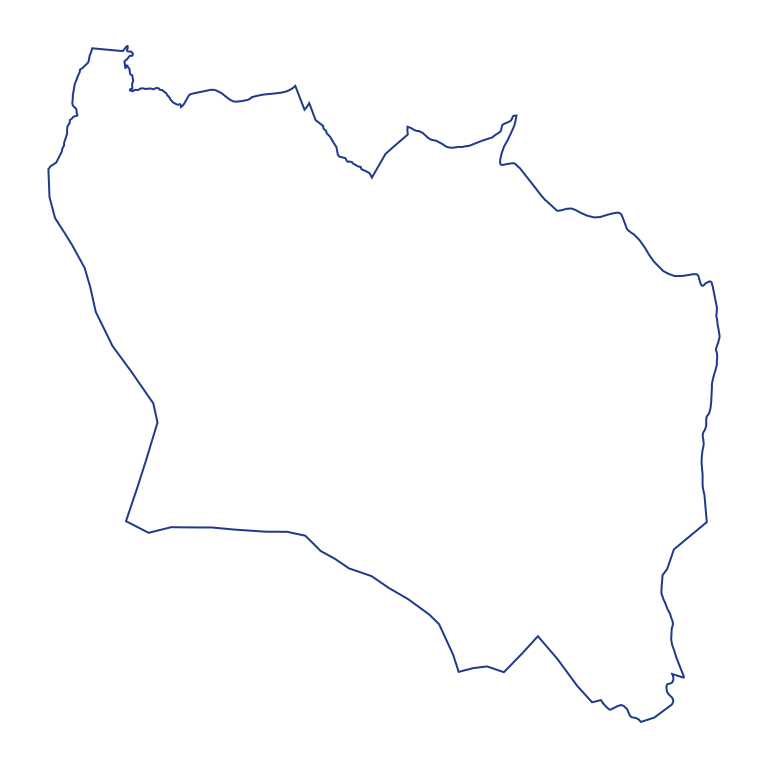 Abuakwa North, Eastern, Ghana (Equal Earth projection)
{"feature_id": "2480657B42374646075926", "entity_name": "Abuakwa North", "entity_type": "district", "adm_level": 2, "iso_a3": "GHA", "parent_name": "Ghana", "parent_adm1": "Eastern", "projection": "equal_earth", "projection_center": [-0.382, 6.235], "detail": "fine", "context": "isolated", "style": "outline", "palette": "blue", "viewbox_px": 768, "rotation_deg": 0, "n_neighbors": 0, "source": "geoboundaries", "source_scale": "gbopen_adm2", "svg_char_len": 5931}
<svg xmlns="http://www.w3.org/2000/svg" viewBox="0 0 768 768"><path d="M516.5,115.6L514.9,115.6L514.0,115.7L512.9,116.3L511.9,119.0L510.5,121.0L507.9,122.3L504.6,123.6L502.5,124.7L501.8,126.6L501.2,129.8L500.5,131.5L498.3,133.1L495.1,135.1L492.2,137.5L488.6,138.6L481.8,140.8L472.1,144.7L468.8,145.9L465.7,146.2L463.5,146.7L462.2,147.0L458.1,146.9L455.9,147.3L452.0,147.8L448.6,147.4L446.1,146.6L442.7,144.2L436.3,140.8L430.9,139.6L427.9,137.7L422.7,132.9L418.9,131.1L416.5,130.9L413.4,129.5L410.8,127.9L407.5,126.8L407.4,130.7L407.8,134.5L394.1,146.3L385.5,153.9L371.9,177.6L370.1,174.0L369.2,173.0L366.0,171.2L361.9,169.4L361.2,168.8L360.8,167.0L358.1,166.4L352.9,163.4L351.9,162.1L349.4,161.5L348.1,161.8L347.2,161.4L345.3,158.1L344.3,157.9L339.3,156.6L338.4,155.6L337.8,154.4L336.3,146.7L335.0,145.2L334.5,144.0L333.7,143.0L330.1,136.7L327.1,133.7L326.4,132.7L326.2,131.0L324.1,129.3L323.4,128.3L323.1,125.9L315.6,120.1L309.2,103.1L306.9,106.9L304.5,109.7L295.3,85.9L292.7,88.2L291.0,89.2L288.7,90.5L285.0,91.8L281.0,92.7L275.0,93.4L273.5,93.6L263.9,94.5L260.2,95.2L258.8,95.4L253.2,96.8L251.7,97.2L251.4,97.8L250.5,98.3L249.4,99.0L247.8,99.9L242.1,101.0L240.6,101.2L236.0,101.7L233.4,101.4L230.0,99.7L225.2,96.1L221.9,93.4L217.2,90.9L215.9,90.4L213.7,89.8L210.4,89.9L199.3,92.2L198.3,92.4L191.8,93.8L189.9,94.5L188.8,95.5L187.3,98.2L183.9,104.1L182.3,106.1L181.0,107.1L180.5,104.5L179.8,104.2L179.1,104.4L178.6,104.5L177.9,104.8L177.5,104.7L176.0,104.0L173.1,102.5L170.6,99.6L168.5,96.2L167.6,95.8L166.2,93.1L164.1,91.8L162.1,90.0L159.9,89.9L158.8,88.4L156.4,87.9L153.3,89.3L150.4,88.4L145.9,89.0L142.8,88.3L141.2,88.3L137.6,90.1L135.3,89.8L132.5,91.3L131.7,90.7L130.3,90.7L129.9,90.3L130.0,89.8L130.3,89.2L132.3,88.7L132.1,83.9L133.3,80.3L132.8,78.9L132.5,76.1L131.9,75.0L130.6,74.6L130.0,73.4L129.5,69.1L127.9,66.9L127.4,65.6L126.6,65.6L126.0,66.0L126.0,67.5L125.4,67.9L124.9,65.6L125.1,64.5L124.4,62.1L124.7,60.9L127.0,59.3L129.4,56.2L130.3,55.8L132.1,55.8L132.8,54.7L132.8,53.5L131.3,51.7L127.8,51.4L127.2,50.8L127.0,50.2L127.7,48.0L127.7,46.2L126.9,46.1L122.8,51.1L118.2,50.7L92.2,48.3L90.9,52.8L89.8,55.1L88.5,61.8L87.8,62.9L82.4,68.2L80.7,69.1L79.9,69.9L79.8,71.7L79.4,72.9L78.4,74.8L77.3,77.6L76.2,80.5L75.7,81.7L74.8,83.9L73.3,92.5L72.7,96.2L72.9,97.5L72.4,102.3L72.3,102.7L72.4,103.5L72.7,105.2L73.6,106.4L75.6,108.2L76.5,109.9L76.7,111.4L76.6,112.7L77.4,114.9L77.0,115.8L74.4,116.3L73.0,117.2L72.3,118.2L69.9,120.1L69.6,123.3L68.0,125.4L67.4,126.7L67.1,129.6L67.1,133.8L64.1,142.8L64.1,145.2L63.6,146.2L62.4,148.5L61.8,151.6L56.9,161.3L56.2,162.6L52.1,165.2L50.4,166.4L48.7,168.9L48.4,169.1L49.5,197.2L55.1,218.2L64.9,233.4L72.0,244.9L84.6,267.8L90.2,286.9L95.7,311.7L112.5,346.0L130.8,370.9L153.3,403.4L157.5,422.5L146.0,460.5L137.5,487.0L126.0,521.2L148.6,532.8L171.2,527.2L189.6,527.4L212.1,527.5L234.7,529.6L265.8,531.7L287.0,531.8L305.3,535.7L320.8,551.1L334.9,558.8L349.0,568.4L359.9,572.1L371.5,576.1L388.4,587.7L408.2,599.2L429.3,614.6L439.1,624.2L453.1,654.7L458.7,671.9L472.9,668.2L487.0,666.4L503.9,672.2L522.3,653.3L537.9,636.2L557.6,659.2L577.3,686.0L592.1,702.3L600.9,700.1L603.2,703.5L605.9,706.5L607.4,707.9L609.0,709.2L609.8,709.7L610.6,709.6L617.4,706.2L620.6,705.1L621.4,705.1L623.8,706.0L627.1,709.1L628.1,711.6L629.6,715.1L630.5,716.4L631.9,717.2L632.7,717.5L635.3,717.8L638.4,719.2L640.9,721.9L654.3,717.6L657.1,715.5L671.5,704.8L672.0,704.3L673.2,701.9L673.1,699.5L671.8,697.3L669.0,694.7L668.2,693.6L667.4,692.5L666.9,691.2L666.4,686.7L666.8,685.1L667.7,684.0L670.5,683.5L672.3,682.3L673.3,680.1L673.4,678.9L673.1,676.4L672.2,674.0L683.5,677.6L684.0,676.9L676.6,658.2L675.2,653.8L673.9,649.6L672.7,646.5L671.9,643.8L671.5,641.3L671.2,639.1L671.7,628.8L672.1,627.4L672.8,625.1L672.9,623.4L672.6,621.3L671.0,617.1L670.6,615.6L670.2,614.1L667.8,609.7L665.1,602.7L663.3,599.0L663.1,598.0L661.6,594.2L661.4,592.3L661.6,587.3L662.6,575.1L667.2,569.0L673.9,549.4L687.9,537.8L706.8,522.1L704.4,494.5L703.9,492.9L703.3,489.8L702.7,486.7L702.6,482.5L702.6,478.7L702.6,474.6L702.2,470.6L701.9,466.5L701.6,463.9L701.6,461.5L701.6,459.2L701.8,457.0L702.1,453.8L702.4,451.1L703.2,447.2L703.7,444.6L703.6,442.3L703.2,439.2L702.7,436.1L702.7,434.9L703.1,433.0L703.6,431.9L704.8,430.0L705.5,428.1L706.1,426.4L706.2,424.3L706.2,420.6L706.4,417.6L707.2,415.8L708.3,414.5L709.1,413.2L709.6,411.4L710.3,409.1L710.7,406.7L711.2,401.8L711.4,397.5L711.6,394.2L711.7,391.1L711.9,388.9L711.9,387.1L711.9,385.2L712.0,383.6L712.1,383.0L713.0,378.6L714.3,373.8L715.6,369.7L716.3,366.6L716.8,365.3L716.9,364.1L716.8,362.1L717.2,357.8L717.1,354.7L716.8,352.7L716.3,351.1L716.0,350.3L716.0,348.6L716.5,347.5L717.0,345.6L718.2,342.8L718.7,340.4L719.3,338.3L719.6,336.9L719.5,335.2L718.5,329.2L717.5,324.2L717.4,322.2L717.1,320.3L716.8,318.1L716.3,315.5L716.7,312.9L716.8,309.8L716.9,307.1L715.2,299.0L714.5,295.4L712.7,286.4L711.6,282.5L710.7,281.6L709.5,281.4L705.5,283.4L703.6,285.4L702.5,285.8L701.4,285.3L701.1,284.9L700.9,284.4L699.6,280.4L698.5,276.3L697.8,275.0L696.4,274.2L693.3,274.2L687.8,275.1L682.9,275.9L674.8,276.1L671.8,275.0L668.4,273.8L663.2,271.0L660.8,268.6L658.7,266.5L653.8,261.5L649.4,255.3L644.4,246.9L640.8,242.0L639.3,239.9L634.1,234.6L630.6,232.3L630.1,231.8L628.8,230.8L627.5,229.7L626.6,228.2L625.8,225.9L624.6,222.6L623.4,219.5L622.3,216.7L621.9,215.8L621.6,214.9L620.5,213.7L619.4,213.0L617.3,212.6L612.3,213.5L607.4,214.8L599.9,217.1L593.9,217.4L592.8,217.1L586.6,215.5L584.5,214.5L580.1,212.5L575.5,210.0L571.7,208.5L566.7,208.8L561.0,210.4L557.2,210.8L553.6,207.6L552.7,206.7L552.1,206.1L549.4,203.7L546.5,201.0L545.5,200.2L545.1,200.0L544.2,198.9L541.9,196.3L539.9,193.8L538.7,192.2L537.2,190.3L534.6,186.9L519.9,168.2L516.6,165.3L515.5,163.9L514.1,163.4L512.5,163.2L508.3,163.8L503.0,164.9L501.4,164.9L500.3,163.9L500.0,162.1L500.3,159.3L501.7,153.2L504.0,146.6L507.5,140.5L510.5,134.1L512.7,129.3L514.3,125.5L515.1,122.6L516.5,115.6Z" fill="none" stroke="#1e3a8a" stroke-width="2"/></svg>